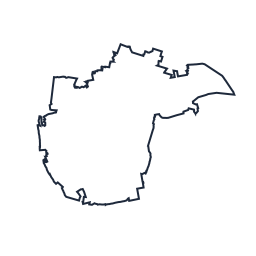 outline of Dundagas pag., Dundagas, Latvia, rotated 201°
{"feature_id": "27541924B42832973938104", "entity_name": "Dundagas pag.", "entity_type": "district", "adm_level": 2, "iso_a3": "LVA", "parent_name": "Latvia", "parent_adm1": "Dundagas", "projection": "orthographic", "projection_center": [22.38, 57.54], "detail": "fine", "context": "isolated", "style": "outline", "palette": "slate", "viewbox_px": 256, "rotation_deg": 201, "n_neighbors": 0, "source": "geoboundaries", "source_scale": "gbopen_adm2", "svg_char_len": 5427}
<svg xmlns="http://www.w3.org/2000/svg" viewBox="0 0 256 256"><g transform="rotate(201 128 128)"><path d="M92.1,78.0L94.6,82.3L94.1,82.5L94.6,83.2L95.3,83.3L99.2,89.9L98.2,90.0L96.5,92.0L95.3,91.8L95.3,92.1L95.5,92.3L95.4,92.4L95.6,92.6L95.4,92.8L95.3,93.0L95.2,93.2L95.2,93.3L95.1,93.5L95.4,93.9L95.3,94.0L95.4,94.3L95.5,94.4L95.5,94.5L95.2,94.5L95.2,95.7L95.2,96.4L95.3,97.1L95.3,98.8L95.2,99.6L95.5,103.2L95.8,103.9L95.7,104.2L95.8,105.1L96.0,106.7L96.3,107.8L96.2,108.6L96.7,109.8L97.2,110.2L97.9,112.3L98.7,112.9L100.1,113.8L102.7,118.5L102.9,118.5L104.1,135.1L104.1,136.8L104.4,138.0L104.6,138.6L105.0,139.4L105.2,139.9L105.2,140.9L106.3,141.3L106.6,143.8L106.7,144.4L106.5,145.5L106.9,146.0L107.3,146.6L107.2,146.8L107.3,147.2L107.3,147.4L107.2,147.3L107.1,147.6L107.2,147.9L106.9,147.9L106.9,148.0L106.9,148.3L106.9,148.7L107.0,148.8L107.0,149.0L107.3,149.5L107.1,149.5L107.3,149.6L107.3,150.1L105.6,151.2L103.9,152.1L103.5,151.6L103.1,151.3L101.4,150.4L100.4,150.0L99.6,149.9L98.4,150.2L95.2,151.4L94.1,151.9L87.1,157.4L81.4,161.5L81.9,162.4L81.8,162.7L81.9,162.9L81.8,163.2L81.9,163.3L78.3,166.4L78.4,168.1L73.0,168.8L72.5,167.9L72.2,166.9L70.8,166.1L70.2,165.6L70.3,166.1L69.6,166.5L68.8,168.8L70.1,171.2L69.6,171.7L71.9,174.6L72.1,174.9L73.2,174.3L76.2,174.5L76.9,176.0L76.6,176.4L73.4,181.9L67.0,186.8L65.2,188.5L57.9,192.6L40.7,197.2L42.5,199.2L42.7,199.5L44.3,200.5L54.2,207.5L54.5,207.6L56.7,209.2L58.8,210.5L79.3,215.0L81.7,214.7L87.7,211.6L88.1,211.5L89.7,210.7L94.9,208.4L95.1,208.2L95.0,207.9L95.1,207.7L94.9,207.7L94.6,207.5L94.5,207.2L94.3,207.1L94.2,207.0L94.1,206.7L94.4,206.8L94.4,206.4L94.1,206.4L93.8,206.2L93.7,206.6L93.5,206.2L93.4,205.9L93.2,205.6L93.4,205.5L93.6,204.9L93.5,204.7L93.5,204.4L93.5,204.1L93.4,203.7L93.5,203.4L93.2,203.3L93.7,202.7L93.4,202.7L93.6,201.7L93.4,201.6L92.8,201.6L92.6,201.8L92.6,201.6L92.7,200.9L92.4,200.5L92.0,200.4L92.2,200.1L91.9,199.9L91.8,199.7L92.0,199.4L91.9,198.8L99.8,194.1L102.0,197.6L102.5,198.6L106.1,197.9L102.6,192.3L106.1,190.2L106.2,193.2L114.1,192.6L114.1,192.9L113.2,196.1L113.3,196.1L113.2,196.6L113.4,196.8L113.1,197.4L123.2,196.7L122.2,197.9L122.9,199.8L123.4,201.4L123.3,201.5L123.2,201.7L121.0,201.9L121.3,206.8L123.5,206.7L123.7,208.7L123.8,211.6L133.0,211.1L132.7,207.7L132.8,207.9L133.7,207.7L135.3,205.9L136.9,205.6L137.8,205.9L139.4,205.8L139.2,202.5L140.0,202.1L139.6,200.8L151.3,200.1L153.7,202.2L154.7,203.4L155.5,204.6L156.1,204.5L156.0,203.9L157.6,203.8L157.7,203.5L164.9,203.5L164.9,195.4L164.9,193.8L168.9,193.8L168.7,193.4L168.2,193.0L167.2,192.1L167.2,191.6L166.8,191.6L166.4,191.8L165.8,191.5L166.6,190.3L167.6,188.2L167.0,187.3L166.4,187.1L165.7,186.7L165.7,185.8L165.8,185.7L165.7,185.4L165.7,184.8L165.4,184.7L168.2,183.7L167.8,182.3L168.1,182.2L167.3,178.0L171.2,177.1L171.1,176.6L174.6,175.9L174.7,175.6L174.0,173.8L173.0,174.0L172.7,172.5L174.8,171.9L177.2,170.9L177.0,170.0L178.9,169.3L178.6,167.2L179.2,166.8L179.8,167.7L180.7,168.0L181.1,167.5L180.6,164.9L177.7,160.5L182.4,157.7L182.1,156.7L183.6,156.6L183.5,155.8L183.8,155.7L182.9,155.4L182.0,155.3L182.2,154.6L180.3,152.3L181.0,151.1L182.8,152.2L184.0,150.2L185.8,150.1L187.4,148.1L189.3,148.3L189.9,147.4L190.9,146.9L192.0,146.7L192.3,147.2L191.9,147.8L193.0,147.6L193.7,149.1L193.4,149.3L193.7,150.1L193.5,154.2L193.3,155.9L201.9,154.1L203.1,153.1L203.7,152.7L204.0,152.7L204.9,153.1L205.1,153.2L205.4,153.2L206.0,152.8L206.8,152.8L210.6,150.6L211.3,150.4L212.3,150.3L213.3,149.5L215.3,149.0L210.1,128.5L209.0,123.9L208.0,123.1L209.3,121.2L209.2,121.1L207.2,117.4L206.1,117.4L205.2,117.6L201.0,118.9L201.0,118.4L201.0,118.0L200.9,117.4L200.9,117.0L200.9,116.9L200.8,116.7L201.0,116.5L201.4,116.6L203.8,114.6L207.2,112.5L208.8,110.7L208.9,110.2L210.0,109.3L210.7,108.2L208.6,106.6L209.2,105.8L208.5,105.6L208.8,103.6L207.3,103.5L206.9,102.7L206.2,100.8L206.6,100.1L207.5,100.4L208.0,100.3L208.4,99.9L209.0,99.8L209.6,100.8L209.7,101.1L210.0,101.6L210.7,102.1L210.8,102.6L211.2,103.1L212.6,106.8L213.8,107.5L214.8,107.2L214.4,106.0L214.6,105.9L214.2,104.6L214.2,103.2L213.7,102.0L212.0,99.8L210.9,98.6L212.9,98.6L213.4,98.2L212.8,97.2L211.3,94.6L210.4,93.4L209.5,91.3L207.7,88.6L207.6,88.3L207.5,87.9L206.5,86.1L206.0,85.3L205.7,84.5L205.5,83.9L204.8,82.4L204.3,81.0L203.9,80.3L203.4,78.9L203.7,78.8L203.6,78.6L202.9,76.8L202.3,75.6L197.4,78.0L196.8,77.6L196.1,77.5L195.7,76.1L194.4,75.6L194.7,75.1L194.0,74.8L194.4,74.3L194.8,74.1L194.4,73.2L193.8,72.7L194.0,72.5L194.2,72.4L194.5,72.5L194.5,72.4L194.7,72.2L194.7,71.9L194.4,71.3L194.4,71.1L194.7,71.1L191.3,67.7L192.0,66.9L192.8,66.7L193.8,68.2L194.3,69.1L194.5,69.2L195.5,67.6L194.0,65.0L193.8,65.0L193.4,64.6L192.2,63.5L191.4,62.6L189.8,61.5L188.8,60.0L186.4,57.8L184.7,56.6L184.5,57.0L182.0,54.6L179.4,52.9L178.0,51.4L175.2,50.1L174.1,52.0L167.7,49.6L167.8,49.0L167.9,48.6L168.2,48.2L166.6,46.6L166.0,46.2L165.3,45.3L164.0,44.2L163.9,44.0L162.9,42.7L161.0,41.6L147.7,42.7L148.0,45.7L147.8,47.2L151.2,49.4L152.7,50.2L150.1,53.8L149.4,54.1L148.4,54.8L146.0,52.5L142.7,48.4L144.5,47.9L143.3,42.7L143.8,42.6L142.7,41.0L137.1,44.9L136.8,42.8L134.1,43.4L132.3,45.7L131.6,45.6L129.3,45.9L128.9,45.6L127.2,46.6L124.6,47.3L123.4,47.8L121.8,48.8L121.4,48.2L121.2,48.5L119.3,49.8L118.3,50.2L116.5,51.4L115.3,52.0L113.2,53.6L110.4,55.4L108.6,56.3L106.8,57.5L105.1,58.5L103.4,59.9L103.2,60.3L102.8,61.8L102.7,62.1L102.2,62.7L100.8,60.4L92.4,65.8L97.7,74.6L92.1,78.0Z" fill="none" stroke="#1e293b" stroke-width="2"/></g></svg>